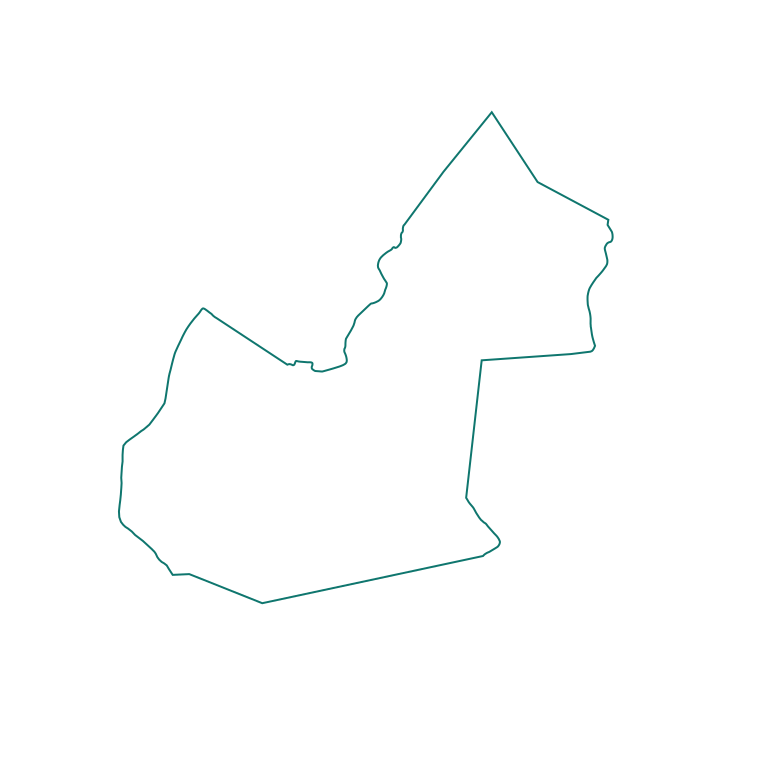 the district of San Jose de Comayagua, Comayagua, Honduras, rotated 218°
{"feature_id": "27666195B469892193745", "entity_name": "San Jose de Comayagua", "entity_type": "district", "adm_level": 2, "iso_a3": "HND", "parent_name": "Honduras", "parent_adm1": "Comayagua", "projection": "orthographic", "projection_center": [-88.038, 14.699], "detail": "fine", "context": "isolated", "style": "outline", "palette": "teal", "viewbox_px": 768, "rotation_deg": 218, "n_neighbors": 0, "source": "geoboundaries", "source_scale": "gbopen_adm2", "svg_char_len": 6094}
<svg xmlns="http://www.w3.org/2000/svg" viewBox="0 0 768 768"><g transform="rotate(218 384 384)"><path d="M241.2,544.0L244.3,546.1L245.8,547.2L247.3,548.3L248.6,549.3L250.6,551.0L255.6,555.8L256.4,556.5L257.5,557.8L258.2,558.5L260.2,561.1L261.5,562.8L262.7,564.1L263.9,565.3L265.1,566.4L266.4,567.5L267.3,568.2L269.3,569.6L270.5,570.6L271.8,571.6L272.6,572.4L273.3,573.2L274.0,574.0L274.8,574.9L275.8,576.1L276.8,577.4L277.8,578.8L278.3,579.8L279.0,581.1L279.9,583.1L280.5,584.7L280.7,585.4L280.9,586.1L281.1,587.4L281.4,589.6L281.7,592.9L281.8,594.9L281.9,596.7L282.0,598.1L281.9,599.2L281.7,601.3L281.5,604.4L281.4,606.9L281.4,608.2L281.5,610.9L281.6,613.5L281.7,614.1L281.9,615.1L282.0,615.6L282.2,616.1L282.6,616.9L283.2,617.8L283.8,618.6L284.5,619.4L285.0,619.8L286.1,620.7L289.3,623.3L292.2,625.5L293.0,626.2L293.4,626.6L293.6,626.9L293.8,627.2L294.0,627.6L294.2,628.3L294.4,629.0L294.5,629.7L294.6,630.4L294.7,631.2L294.7,631.7L294.7,632.2L294.6,632.6L294.5,633.0L294.2,633.7L293.9,634.3L293.3,635.0L293.0,635.5L292.9,635.8L292.8,636.1L292.8,636.4L292.8,636.7L292.8,637.1L292.9,637.5L293.0,638.0L293.2,638.6L293.5,639.2L293.7,639.6L294.0,640.1L294.3,640.5L294.6,640.9L295.1,641.5L296.1,642.6L296.7,643.1L297.4,643.7L297.8,644.0L298.2,644.2L298.9,644.5L302.7,645.9L305.7,647.0L305.8,647.1L307.3,649.7L308.3,651.5L387.3,637.7L466.4,664.5L467.8,587.9L466.0,522.2L466.1,521.6L466.1,520.9L466.0,520.5L465.9,520.1L465.5,519.3L465.2,518.7L465.0,518.3L464.7,517.9L464.1,517.2L463.8,516.9L463.5,516.4L463.3,516.0L463.1,515.5L463.0,515.0L463.0,514.7L463.1,514.1L463.1,513.7L462.9,513.1L462.7,512.5L462.2,511.6L461.9,511.2L461.5,510.7L461.1,510.1L460.0,509.2L459.5,508.6L459.1,508.1L458.8,507.5L458.2,506.4L457.8,505.5L457.7,505.2L457.7,504.9L457.6,504.0L457.6,503.0L457.7,501.4L457.8,500.2L457.9,499.8L458.0,499.5L458.4,498.8L458.7,498.5L458.8,498.3L459.0,498.2L459.3,498.1L459.6,498.0L460.0,498.1L460.4,497.9L460.6,497.8L460.7,497.6L460.8,497.3L460.9,497.0L461.0,496.8L461.0,496.5L460.9,495.7L460.9,495.2L460.9,494.8L461.0,494.4L461.1,493.9L461.3,493.4L462.2,491.2L462.5,490.5L463.1,488.5L463.4,487.2L463.9,485.1L464.1,483.6L464.3,482.1L464.3,481.5L464.3,480.8L464.2,479.8L464.1,479.2L464.0,478.6L463.6,477.3L463.2,476.2L462.7,475.2L462.3,474.5L462.0,474.0L461.7,473.5L461.0,472.8L460.4,472.2L460.0,472.0L459.5,471.7L458.7,471.4L457.8,471.1L457.1,470.8L454.0,469.2L450.6,467.7L448.7,466.9L446.8,466.3L444.8,465.6L444.0,465.3L443.7,465.1L443.3,464.6L442.9,464.0L442.5,463.2L442.2,462.6L441.6,461.0L441.0,458.8L440.5,457.7L440.1,456.6L439.7,455.7L439.5,454.8L439.3,454.0L439.1,452.4L439.0,451.3L439.0,450.1L439.0,449.2L439.1,448.3L439.2,447.5L439.4,446.7L439.7,445.7L440.2,444.7L440.7,443.6L441.7,441.9L442.2,441.2L442.6,440.6L443.5,439.7L443.8,439.2L443.9,438.8L444.4,436.0L446.5,421.8L446.5,421.0L446.6,420.0L446.5,418.8L446.4,417.9L446.3,417.1L446.0,416.3L445.7,415.5L445.0,414.1L444.6,412.9L444.1,411.6L443.8,410.3L443.0,405.8L441.9,397.0L441.8,396.3L441.7,396.0L441.0,394.7L439.7,392.7L439.1,391.9L437.9,390.3L437.5,389.6L437.3,389.2L437.1,388.7L437.0,388.4L436.9,387.7L436.8,387.3L436.6,387.0L436.3,386.4L436.0,386.0L435.7,385.6L435.3,385.2L434.8,384.8L434.3,384.5L433.4,384.1L432.8,383.7L432.1,383.3L430.9,382.5L429.9,381.7L428.9,380.8L428.3,380.2L427.7,379.5L427.4,379.0L427.2,378.6L427.0,378.2L426.9,377.7L426.9,377.2L426.9,376.7L426.9,376.3L427.1,375.7L427.6,374.4L428.1,373.3L428.6,372.5L429.1,371.6L429.9,370.3L433.5,365.1L435.8,361.9L438.6,358.1L440.1,356.1L440.5,355.7L441.2,355.2L442.9,354.1L446.2,351.9L446.6,351.8L447.3,351.7L447.9,351.6L448.8,351.6L449.6,351.6L450.1,351.7L450.5,351.9L450.9,352.3L451.3,352.7L451.6,353.3L451.7,353.7L452.0,354.5L452.1,354.9L452.4,355.3L452.5,355.5L452.8,355.9L452.9,356.0L453.1,356.2L453.3,356.3L453.5,356.4L453.9,356.4L454.4,356.3L455.0,356.0L455.7,355.6L458.0,353.8L460.9,351.9L463.6,350.1L465.3,349.1L466.0,348.8L466.8,348.4L467.2,348.2L467.4,348.0L467.4,347.9L467.5,347.7L467.5,347.2L467.4,346.8L467.0,345.6L466.8,344.9L466.7,344.3L466.6,344.0L466.7,343.7L466.9,343.2L467.1,342.9L467.4,342.7L467.6,342.6L468.0,342.5L468.7,342.4L469.0,342.3L470.0,341.9L470.6,341.6L471.0,341.2L471.4,340.8L471.8,340.2L472.1,339.7L556.9,332.8L558.2,332.6L559.5,332.6L560.5,332.6L561.9,332.8L562.9,333.0L563.3,333.0L565.8,332.9L568.4,332.9L570.9,332.8L571.6,332.7L572.2,332.6L572.9,332.3L573.1,332.2L573.4,331.7L573.5,331.2L573.6,330.5L573.6,329.8L573.5,328.3L573.4,327.1L573.4,325.2L573.5,323.9L573.8,318.8L573.8,317.5L573.8,315.3L573.8,312.6L573.7,310.4L573.6,308.6L573.3,305.1L573.1,303.9L572.9,302.5L572.3,299.2L571.9,297.2L571.1,293.8L569.6,286.9L568.9,284.0L568.2,281.1L567.9,280.1L567.4,278.6L566.9,277.4L565.2,273.3L563.4,269.2L560.9,263.7L559.3,259.9L558.8,258.9L558.5,258.2L557.5,256.3L547.2,238.0L545.1,233.6L544.7,228.4L544.2,221.8L544.0,214.2L543.9,207.5L545.4,200.2L546.4,197.3L547.6,192.5L550.3,183.3L551.3,179.4L551.4,175.1L549.3,171.5L546.3,167.1L542.3,162.0L539.6,157.5L533.3,148.3L529.8,144.4L527.1,140.5L523.2,134.7L520.2,129.9L517.9,126.0L514.4,120.4L510.6,116.1L506.4,113.4L502.9,112.5L499.8,112.2L496.7,112.5L491.9,112.5L487.2,111.8L477.4,111.9L470.9,111.4L464.8,110.9L464.4,110.8L461.8,110.5L459.5,109.8L455.9,108.0L453.0,107.2L449.7,106.9L446.9,107.3L443.5,107.3L439.7,105.8L433.0,103.5L420.4,114.3L345.0,136.3L200.1,309.4L199.9,311.3L199.7,312.1L199.4,312.9L199.1,313.8L198.7,314.7L197.9,316.1L197.6,316.7L195.3,322.7L194.5,324.9L194.3,325.5L194.2,326.2L194.2,326.8L194.2,327.4L194.3,328.2L194.4,328.8L194.7,329.6L195.0,330.3L195.2,330.6L195.7,331.2L196.3,331.6L196.9,331.9L197.9,332.4L198.5,332.7L199.2,332.9L200.4,333.3L201.7,333.6L203.0,333.8L205.2,334.1L209.0,334.8L213.4,335.6L214.5,335.8L216.7,336.4L217.6,336.6L217.9,336.6L218.3,336.6L219.5,336.5L220.1,336.4L221.3,336.5L222.6,336.6L223.5,336.6L224.2,336.7L224.9,336.9L226.2,337.2L227.5,337.6L228.6,338.0L231.8,339.1L233.2,339.7L236.2,341.0L237.5,341.5L238.3,341.7L241.2,342.3L242.7,342.6L243.8,342.9L244.8,343.2L246.8,344.0L249.2,344.9L321.6,462.8L255.2,522.6L241.3,536.5L240.5,537.9L240.3,539.1L240.5,541.3L241.2,544.0Z" fill="none" stroke="#0f766e" stroke-width="2"/></g></svg>